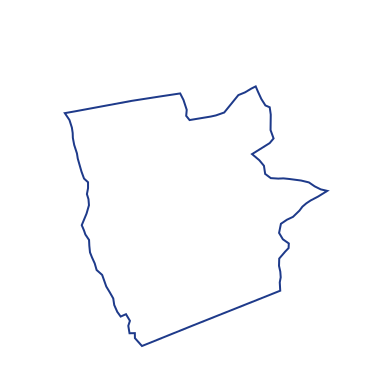 outline of Terra Alta, Pará, Brazil, rotated 63°
{"feature_id": "56859067B85639510417491", "entity_name": "Terra Alta", "entity_type": "district", "adm_level": 2, "iso_a3": "BRA", "parent_name": "Brazil", "parent_adm1": "Pará", "projection": "natural_earth1", "projection_center": [-47.851, -0.993], "detail": "fine", "context": "isolated", "style": "outline", "palette": "blue", "viewbox_px": 384, "rotation_deg": 63, "n_neighbors": 0, "source": "geoboundaries", "source_scale": "gbopen_adm2", "svg_char_len": 1312}
<svg xmlns="http://www.w3.org/2000/svg" viewBox="0 0 384 384"><g transform="rotate(63 192 192)"><path d="M257.4,312.6L264.9,313.0L270.6,312.1L270.9,306.3L278.6,305.8L282.3,309.5L289.5,311.8L291.8,307.0L296.3,309.2L306.5,306.5L311.3,252.2L320.0,158.2L312.3,154.8L308.3,151.7L303.1,149.5L297.3,148.0L290.9,144.5L287.4,136.0L285.8,131.4L281.8,129.1L275.4,132.5L268.0,133.0L260.7,127.2L259.8,120.0L260.0,113.3L257.4,104.8L255.2,100.3L254.0,95.3L253.4,90.1L253.3,81.6L252.4,71.0L248.1,76.1L242.7,80.1L236.5,83.5L231.3,89.6L224.5,99.5L221.4,104.3L219.2,109.1L215.4,115.5L209.1,118.6L201.3,116.0L194.2,117.6L185.5,121.3L183.7,100.6L181.3,95.0L172.5,93.9L158.8,86.7L151.8,84.3L148.2,87.3L140.6,88.0L132.8,87.7L126.8,87.3L126.8,92.3L127.3,99.6L126.7,106.7L135.8,127.2L134.6,136.0L133.3,141.0L126.8,161.5L121.5,162.6L116.4,159.4L106.1,157.8L98.8,157.8L92.5,176.7L83.4,204.4L67.0,259.7L64.0,269.5L72.2,268.5L80.1,269.8L85.2,271.5L89.7,273.6L96.6,275.6L105.4,277.0L110.3,278.6L116.9,279.9L123.6,281.2L131.0,282.1L136.1,280.2L141.4,282.9L146.2,286.6L151.4,287.5L157.0,289.8L163.4,295.8L171.5,305.3L177.2,305.7L181.5,306.3L188.0,305.5L193.3,307.9L199.5,310.3L204.8,310.8L211.5,311.1L218.2,312.4L225.1,309.7L231.3,310.5L237.3,311.3L244.2,310.8L251.1,310.5L257.4,312.6Z" fill="none" stroke="#1e3a8a" stroke-width="2"/></g></svg>